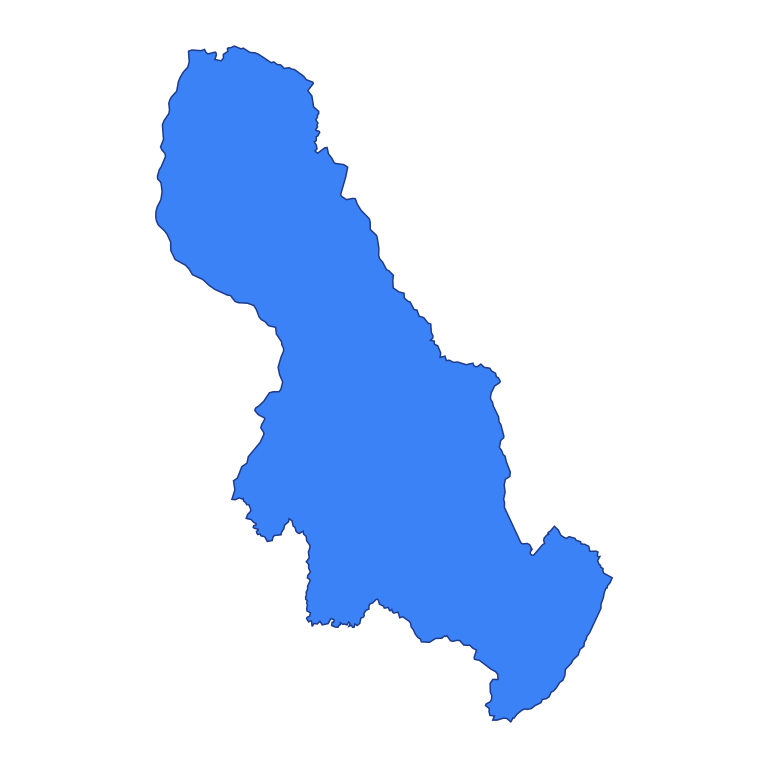 Pauna, Boyacá, Colombia
{"feature_id": "7082276B32688879052620", "entity_name": "Pauna", "entity_type": "district", "adm_level": 2, "iso_a3": "COL", "parent_name": "Colombia", "parent_adm1": "Boyacá", "projection": "robinson", "projection_center": [-73.985, 5.693], "detail": "fine", "context": "isolated", "style": "filled", "palette": "blue", "viewbox_px": 768, "rotation_deg": 0, "n_neighbors": 0, "source": "geoboundaries", "source_scale": "gbopen_adm2", "svg_char_len": 6088}
<svg xmlns="http://www.w3.org/2000/svg" viewBox="0 0 768 768"><path d="M546.5,698.6L549.1,696.8L551.1,692.3L553.7,690.8L556.4,687.8L559.7,682.5L562.9,680.2L564.9,675.4L565.4,669.4L571.2,663.4L573.1,659.8L578.1,655.1L580.1,649.3L583.9,646.3L584.4,642.2L586.2,639.3L586.9,636.3L589.5,632.9L601.0,608.2L601.0,604.1L603.3,597.8L604.3,592.4L605.9,588.4L607.2,587.9L607.4,585.8L610.0,582.8L612.2,577.8L603.6,573.1L602.8,570.6L603.1,568.7L600.6,566.9L600.4,565.2L599.1,564.4L597.6,560.6L599.9,556.5L598.1,556.6L597.2,555.7L598.0,552.1L596.3,551.2L589.8,551.3L588.8,546.4L584.8,544.3L581.1,543.9L580.6,541.7L576.0,540.2L575.0,538.3L569.1,536.7L566.2,538.4L564.2,537.5L560.8,535.3L558.3,530.0L554.4,526.3L550.5,530.9L548.1,532.6L547.8,533.2L548.6,534.3L546.7,535.2L544.2,538.0L543.6,540.4L544.6,543.4L542.3,545.0L533.6,555.2L531.7,555.1L530.3,553.7L530.3,551.9L532.1,549.2L531.0,548.9L531.2,547.6L529.6,544.7L527.2,543.5L522.6,543.9L520.9,542.8L504.4,507.4L504.5,502.2L503.6,499.4L505.1,492.3L504.2,485.0L505.4,479.3L509.8,476.5L510.3,472.1L506.2,461.4L505.1,456.2L503.1,454.5L501.6,450.5L499.4,447.5L500.7,440.5L503.6,437.8L503.9,436.3L500.8,424.5L499.1,422.1L498.6,416.9L493.3,406.0L492.4,402.0L490.7,399.5L490.5,396.9L491.2,393.0L494.6,386.0L499.3,382.9L500.2,381.7L499.9,380.6L498.4,377.8L496.4,376.8L495.5,373.3L491.6,371.0L489.8,368.2L484.3,367.4L480.8,364.1L477.5,366.6L475.3,366.6L473.8,365.6L472.9,363.2L466.3,364.7L457.5,362.0L453.5,362.4L449.2,360.2L446.4,360.6L445.0,356.1L440.1,357.4L440.7,353.0L437.7,345.7L434.5,344.3L434.2,341.1L430.4,340.3L432.8,338.1L433.0,336.0L431.3,332.5L430.8,324.1L428.1,323.1L423.7,317.6L419.2,316.2L416.9,310.0L414.1,309.6L410.0,301.8L408.0,301.3L404.3,298.0L404.0,293.2L398.9,291.9L393.2,287.9L392.8,280.4L393.4,275.3L388.9,270.8L386.5,269.6L382.6,262.1L379.7,258.8L378.7,255.8L378.9,248.5L377.2,237.5L376.4,235.3L370.3,229.5L370.2,222.3L369.4,218.9L360.8,210.0L357.2,204.0L355.3,198.7L352.9,198.4L346.5,199.6L342.0,196.7L340.6,194.7L345.7,177.1L347.7,167.1L343.7,164.6L335.2,163.4L334.1,162.7L332.1,158.6L328.5,153.9L327.1,147.5L324.7,147.9L317.6,153.2L315.0,151.1L317.0,148.8L316.3,145.1L314.3,141.8L316.3,140.6L316.2,136.8L317.9,135.8L319.7,132.3L319.0,131.2L316.3,130.6L315.7,129.7L317.6,126.9L316.8,125.1L318.0,123.2L315.8,119.8L317.5,117.1L317.5,114.8L318.7,113.7L318.7,111.4L313.6,106.8L311.9,96.0L307.8,90.6L313.4,83.4L312.7,82.1L306.3,79.7L303.7,76.3L294.4,69.5L291.6,69.1L289.3,67.7L284.1,68.4L280.7,64.9L277.3,64.6L273.8,61.9L271.2,62.7L258.9,54.5L255.1,52.8L249.9,52.4L243.2,48.1L241.1,48.9L234.4,46.1L230.5,47.8L228.1,47.9L227.3,48.9L228.0,51.3L223.3,54.4L223.4,58.3L221.1,60.8L214.9,59.5L216.4,54.9L215.9,52.6L215.1,52.1L207.9,53.9L206.1,52.5L204.5,49.4L201.1,50.7L192.0,50.0L188.5,51.2L189.2,61.9L187.8,67.1L183.0,72.5L180.0,77.7L178.4,81.7L176.7,91.2L171.4,97.0L169.7,100.2L168.8,103.3L169.5,109.9L168.9,113.5L164.1,120.5L162.4,124.7L163.5,139.4L160.5,147.0L161.9,149.9L165.1,153.7L165.5,156.6L161.2,166.8L159.4,169.5L157.4,176.2L157.7,179.1L160.4,181.8L161.1,183.5L162.1,191.8L160.9,199.7L157.2,206.9L156.0,211.4L155.8,217.3L156.5,221.0L158.3,225.0L164.4,230.7L167.0,234.1L170.6,241.9L170.8,250.5L175.1,259.5L185.5,265.2L188.7,268.5L192.5,274.7L202.8,279.5L209.2,285.5L214.9,289.4L227.4,295.1L230.4,295.5L235.1,301.5L238.4,302.7L247.5,303.2L253.8,305.5L256.3,309.5L259.2,317.1L261.2,319.5L265.2,321.8L268.5,325.7L275.6,327.3L276.4,334.1L281.5,341.7L281.8,344.6L283.5,348.2L283.6,351.1L281.0,357.2L278.1,367.3L279.6,374.8L282.7,381.9L280.9,389.2L279.1,391.7L273.0,391.8L269.4,392.8L263.8,401.2L258.7,406.1L255.9,407.8L255.0,409.3L255.0,410.8L258.3,414.7L264.2,417.8L264.9,418.9L261.7,424.6L260.8,427.8L263.8,432.6L263.8,434.6L260.2,442.3L248.3,456.7L247.0,463.1L241.8,466.6L237.4,478.1L233.5,480.8L234.9,489.8L231.9,499.4L235.3,499.7L239.3,497.8L241.9,499.0L243.0,498.4L243.6,501.0L245.7,502.7L246.7,504.7L248.7,504.6L250.5,508.5L250.7,511.1L247.5,514.7L246.2,518.4L251.2,519.6L253.7,522.4L256.1,523.5L256.1,524.9L253.8,525.6L253.2,527.2L254.3,528.3L258.1,529.2L258.2,530.2L256.4,531.4L257.2,533.9L257.7,534.5L260.1,534.1L260.9,535.8L264.7,536.7L267.3,541.5L272.2,540.5L273.0,537.1L274.4,535.5L281.0,534.8L281.7,531.9L283.7,529.1L284.7,525.0L288.5,521.8L289.0,518.7L292.0,520.8L293.1,525.9L295.1,527.5L295.9,530.9L297.2,532.5L299.3,533.5L303.1,531.2L303.6,534.1L306.1,536.3L306.7,540.7L309.9,545.5L309.9,547.6L308.4,552.1L309.2,557.9L306.3,561.7L308.7,564.4L308.6,568.1L310.4,572.0L307.8,575.4L307.4,578.0L309.6,579.3L310.1,580.5L307.6,586.2L307.6,589.1L306.2,592.2L306.4,595.2L305.6,596.9L305.7,599.3L307.4,600.7L306.6,602.7L307.4,605.0L306.7,608.5L307.0,610.9L310.4,612.8L309.6,616.2L307.0,617.4L306.6,618.6L308.7,621.9L310.6,620.7L311.5,621.2L312.0,625.8L312.6,625.9L313.9,623.5L317.3,624.0L319.9,621.3L322.3,624.9L328.1,623.6L330.9,618.6L333.9,619.7L334.1,621.0L333.3,622.4L332.2,622.2L331.6,625.5L335.1,627.0L338.0,627.3L338.8,625.5L340.3,624.7L340.4,622.7L342.7,624.3L344.9,624.1L347.0,625.0L348.8,622.0L350.1,623.5L348.9,626.3L351.3,625.3L352.6,627.3L354.1,627.2L354.8,624.0L357.2,625.5L359.8,623.4L360.8,618.3L363.3,617.1L364.2,615.7L363.9,613.5L366.0,610.4L369.0,609.0L368.9,605.9L369.9,604.0L372.9,602.8L375.8,599.7L377.3,599.1L378.6,600.6L379.3,604.1L383.4,606.1L384.3,608.1L388.3,607.5L389.5,610.5L390.1,610.8L391.8,609.6L392.6,612.2L393.8,613.1L398.0,612.1L399.8,617.8L402.6,616.7L409.2,621.3L410.5,623.0L411.2,627.0L413.3,629.6L415.3,634.1L417.8,637.4L420.6,639.2L421.3,641.8L429.4,642.3L435.5,638.5L441.8,638.2L444.2,636.1L445.8,636.5L446.9,635.7L450.5,640.8L452.9,641.3L457.3,640.3L459.8,640.6L463.8,645.1L469.9,645.3L472.6,648.0L476.5,650.1L474.2,657.2L474.5,659.3L479.4,660.3L491.0,669.2L495.6,671.7L497.6,674.2L498.1,679.5L492.8,679.4L490.1,683.4L490.3,692.3L491.8,695.6L491.5,699.3L490.4,701.6L486.1,704.0L485.5,705.5L489.3,708.6L489.0,711.4L489.9,715.4L494.4,716.0L492.7,720.1L497.1,720.1L503.3,718.2L506.8,718.4L510.8,721.9L513.1,717.8L514.0,718.1L517.2,713.9L521.8,710.3L524.6,708.9L527.0,709.4L531.2,708.6L535.2,705.5L540.8,702.8L542.4,699.4L546.5,698.6Z" fill="#3b82f6" stroke="#1e3a8a" stroke-width="1.5"/></svg>